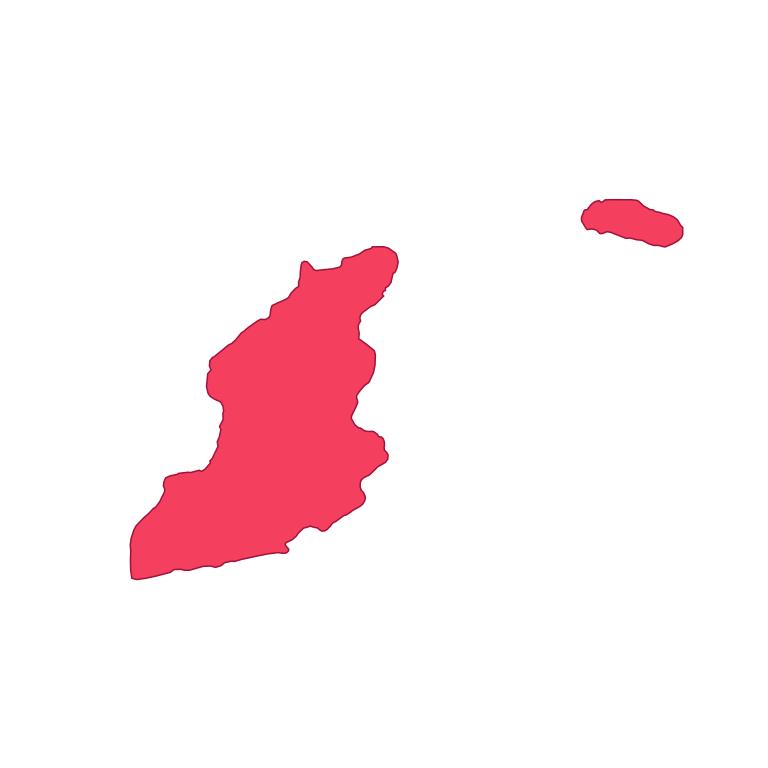 outline of Tinian, Tinian, Northern Mariana Islands, rotated 216°
{"feature_id": "39175420B24162802066299", "entity_name": "Tinian", "entity_type": "district", "adm_level": 2, "iso_a3": "MNP", "parent_name": "Northern Mariana Islands", "parent_adm1": "Tinian", "projection": "albers", "projection_center": [145.616, 14.971], "detail": "fine", "context": "isolated", "style": "filled", "palette": "rose", "viewbox_px": 768, "rotation_deg": 216, "n_neighbors": 0, "source": "geoboundaries", "source_scale": "gbopen_adm2", "svg_char_len": 4364}
<svg xmlns="http://www.w3.org/2000/svg" viewBox="0 0 768 768"><g transform="rotate(216 384 384)"><path d="M330.6,274.4L331.0,278.3L332.1,281.0L333.7,282.4L334.8,283.0L336.8,284.1L339.9,284.7L342.6,286.6L344.4,288.9L345.6,291.4L345.9,293.5L345.2,296.7L342.4,301.6L340.8,310.1L340.6,312.9L336.8,321.4L336.8,325.5L339.0,329.0L341.6,330.2L344.6,330.6L346.6,332.7L348.0,335.4L349.9,337.5L352.3,339.2L355.0,339.6L355.7,339.1L357.3,338.2L359.5,339.3L363.4,339.5L365.4,339.0L366.7,338.0L369.4,336.0L372.3,334.7L377.3,334.5L378.6,333.6L383.3,333.8L390.0,336.8L391.5,339.1L392.1,342.7L392.4,344.4L393.5,350.2L394.4,353.6L396.2,355.4L398.1,356.6L399.3,358.6L399.5,363.1L399.3,365.8L398.9,371.3L398.0,373.9L397.4,375.5L397.3,377.6L397.7,379.6L399.3,387.2L400.6,390.1L402.2,393.7L408.0,402.4L411.4,405.3L421.7,405.8L422.1,405.8L431.1,405.8L433.8,410.4L438.6,415.0L439.7,417.9L440.0,421.3L441.5,422.4L442.7,423.8L443.1,425.2L443.6,426.2L443.4,428.9L440.5,438.6L438.0,442.7L436.0,455.0L438.0,455.4L439.1,458.4L437.8,460.5L439.4,462.6L438.0,465.8L438.0,470.2L441.6,478.4L440.7,481.2L441.8,485.8L444.3,491.1L449.0,495.2L449.4,495.5L451.4,496.6L460.1,496.6L462.9,495.6L465.0,494.8L474.1,488.1L474.1,486.0L478.1,481.0L480.3,474.8L485.2,467.2L489.9,462.8L490.7,461.5L490.5,459.8L489.9,457.9L488.3,455.4L488.5,452.8L489.1,451.9L489.7,451.2L492.8,447.5L493.4,446.7L495.4,445.2L497.4,443.2L498.9,442.0L499.4,441.6L501.3,439.8L504.8,436.6L505.7,435.9L506.5,435.6L507.3,435.4L508.0,435.4L509.2,435.6L510.0,436.1L517.9,437.7L519.8,436.8L520.7,436.4L521.7,433.8L521.0,431.7L517.9,426.1L517.7,425.7L514.5,420.9L513.1,416.3L510.5,413.0L510.3,412.8L510.4,412.6L511.5,410.1L512.1,407.0L512.6,402.4L512.1,398.4L512.6,396.1L513.8,393.7L515.2,391.4L517.4,387.6L520.3,382.4L520.6,380.9L520.0,379.6L519.5,378.2L518.7,376.4L517.6,374.6L517.5,374.4L516.4,372.2L516.2,370.1L517.0,368.1L517.9,366.4L519.6,365.3L521.7,364.0L523.3,360.9L524.9,356.3L526.3,352.0L527.4,348.6L528.2,344.7L529.5,341.2L529.9,332.6L531.0,327.3L532.2,325.2L533.0,323.3L533.7,320.7L534.6,316.7L535.2,314.7L537.5,306.1L538.3,304.8L538.6,300.4L535.7,295.8L532.3,293.9L532.6,288.6L526.1,277.6L520.8,273.0L517.4,271.8L512.3,272.1L505.9,273.5L501.2,271.4L497.9,267.9L497.0,265.4L493.2,260.6L492.1,253.0L489.2,251.3L486.1,244.4L485.5,241.6L484.9,239.1L481.6,236.1L479.2,222.6L479.6,219.3L478.0,218.0L478.7,209.9L480.3,206.0L482.9,205.5L488.3,198.8L490.7,197.4L497.6,191.0L498.1,189.4L503.1,183.9L505.5,179.7L504.5,175.4L502.5,171.9L499.5,170.0L498.1,167.5L496.3,157.1L496.3,150.5L497.4,147.7L498.3,140.8L499.8,134.3L501.2,123.7L500.5,118.7L497.8,110.4L494.7,104.6L490.9,100.3L485.4,92.2L479.8,84.8L473.8,78.6L469.1,80.5L466.2,83.3L462.9,86.4L455.6,94.5L451.6,99.4L446.2,106.0L444.7,110.6L439.3,114.8L438.6,115.0L436.7,115.7L436.0,115.9L431.8,119.1L429.2,122.5L427.9,124.1L423.1,130.2L417.3,134.8L412.4,136.7L408.9,141.5L408.0,145.6L403.1,151.2L400.9,152.3L396.0,158.5L385.3,170.5L385.2,170.6L377.9,178.5L374.1,182.0L370.7,185.3L367.5,186.9L365.1,188.6L364.0,189.5L363.5,190.8L363.1,192.5L363.7,194.0L365.7,194.9L367.5,195.1L368.2,195.4L368.7,195.6L369.8,196.4L370.0,198.3L368.8,200.2L366.6,204.4L365.5,209.9L365.7,212.7L364.4,220.0L360.9,224.5L360.3,225.4L359.9,225.8L356.3,226.9L356.2,226.9L353.5,228.4L350.5,228.2L347.9,228.4L345.6,230.3L344.5,233.0L343.8,237.8L343.9,241.2L342.1,244.7L339.2,253.9L337.5,256.0L335.7,260.8L334.8,263.9L333.2,267.0L331.9,270.1L331.1,272.1L330.6,274.4ZM229.4,677.2L230.1,680.4L234.3,686.2L237.0,686.6L243.0,689.2L248.1,689.4L249.5,689.1L253.7,688.2L257.0,686.6L259.6,685.6L261.7,685.0L264.2,683.8L265.3,683.3L266.2,682.9L267.4,683.1L269.1,682.9L270.3,681.9L271.9,681.4L275.6,681.0L278.7,680.6L285.3,681.6L287.0,681.3L287.3,681.3L292.4,678.3L308.9,666.4L313.4,662.9L313.7,661.4L314.2,659.8L314.8,659.1L314.9,658.8L315.5,658.6L316.5,658.6L317.3,658.8L317.8,658.8L320.5,655.6L321.8,651.9L322.1,646.6L321.8,645.6L322.2,644.8L322.4,644.2L323.2,643.5L323.8,642.8L324.0,641.8L322.1,634.8L320.1,632.1L312.2,628.7L310.3,628.4L308.9,629.8L306.7,631.8L302.7,633.4L301.0,633.2L298.4,632.6L296.7,633.2L295.4,634.6L293.7,637.4L293.1,638.3L292.7,638.5L292.4,638.6L290.0,639.9L285.1,641.1L274.0,644.0L270.6,646.8L264.6,649.1L259.7,651.9L251.7,653.2L247.3,654.6L244.8,656.4L243.2,657.6L239.5,659.0L238.2,659.5L237.0,660.3L233.0,666.8L230.3,672.8L229.4,677.2Z" fill="#f43f5e" stroke="#9f1239" stroke-width="1.5"/></g></svg>